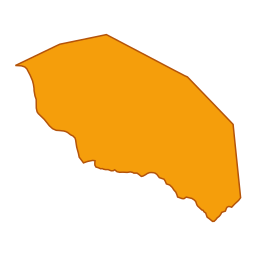 the district of Cristalândia do Piauí, Piauí, Brazil
{"feature_id": "56859067B1752909624747", "entity_name": "Cristalândia do Piauí", "entity_type": "district", "adm_level": 2, "iso_a3": "BRA", "parent_name": "Brazil", "parent_adm1": "Piauí", "projection": "equal_earth", "projection_center": [-45.126, -10.759], "detail": "fine", "context": "isolated", "style": "filled", "palette": "amber", "viewbox_px": 256, "rotation_deg": 0, "n_neighbors": 0, "source": "geoboundaries", "source_scale": "gbopen_adm2", "svg_char_len": 1529}
<svg xmlns="http://www.w3.org/2000/svg" viewBox="0 0 256 256"><path d="M15.4,65.5L21.3,65.8L24.7,66.9L26.8,68.8L30.1,75.1L32.5,80.7L33.4,84.3L34.0,88.1L34.1,90.8L35.0,95.9L36.2,99.5L36.3,108.1L37.1,111.8L38.3,113.6L44.3,119.4L49.4,125.8L52.6,128.7L56.2,130.3L59.3,130.5L63.8,131.0L66.1,131.7L67.8,132.6L70.6,134.8L72.9,135.9L75.0,138.0L75.6,139.9L76.7,147.1L78.4,153.3L79.2,157.2L82.1,161.0L83.5,162.9L86.8,161.7L88.2,161.3L92.7,160.4L95.0,160.7L94.8,163.4L94.9,165.1L95.9,167.0L98.2,167.7L100.7,168.8L102.2,168.6L103.6,169.2L105.6,169.6L108.2,169.6L111.2,170.8L113.3,170.7L114.7,169.8L117.0,171.7L119.7,172.3L121.7,172.2L123.3,172.2L127.2,172.4L130.3,171.9L132.6,172.4L133.8,173.1L137.0,173.1L139.0,174.5L141.3,176.4L142.9,176.1L145.7,174.6L147.1,173.6L149.2,172.7L151.1,172.5L153.5,172.7L154.8,173.0L156.8,174.3L159.3,177.6L164.0,179.2L165.1,180.9L166.4,183.9L169.7,185.0L172.2,187.4L173.9,190.0L175.8,192.1L176.9,194.7L177.6,197.0L182.1,198.6L183.9,198.7L186.3,197.1L191.8,198.4L194.3,200.0L195.7,201.5L196.9,204.9L197.7,206.1L201.9,210.0L203.1,210.3L204.0,211.8L205.7,213.0L207.1,217.1L209.4,218.8L212.5,221.4L214.1,221.3L215.8,219.7L217.2,217.9L219.2,216.3L220.5,214.7L221.7,212.4L223.0,211.9L225.4,211.1L226.4,208.3L227.1,207.2L228.6,206.5L229.7,206.6L231.7,207.2L234.6,204.1L238.6,200.4L240.6,197.7L234.8,141.3L233.1,124.4L229.7,120.8L187.4,76.9L184.6,75.7L181.8,74.2L175.0,70.7L139.1,51.8L118.2,40.8L106.4,34.6L99.2,36.1L97.8,36.4L59.9,44.2L56.4,45.8L15.4,65.5Z" fill="#f59e0b" stroke="#b45309" stroke-width="1.5"/></svg>